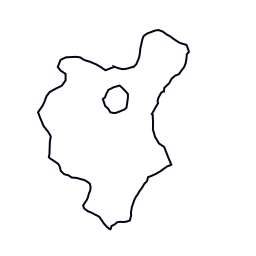 Khojaly District, Xocalı, Azerbaijan (Robinson projection), rotated 249°
{"feature_id": "54616110B87325868620163", "entity_name": "Khojaly District", "entity_type": "district", "adm_level": 2, "iso_a3": "AZE", "parent_name": "Azerbaijan", "parent_adm1": "Xocalı", "projection": "robinson", "projection_center": [46.732, 39.84], "detail": "fine", "context": "isolated", "style": "outline", "palette": "ink", "viewbox_px": 256, "rotation_deg": 249, "n_neighbors": 0, "source": "geoboundaries", "source_scale": "gbopen_adm2", "svg_char_len": 2148}
<svg xmlns="http://www.w3.org/2000/svg" viewBox="0 0 256 256"><g transform="rotate(249 128 128)"><path d="M149.2,174.6L152.5,176.3L155.1,182.6L158.4,186.4L159.9,190.5L160.0,194.8L162.6,198.7L164.8,202.3L167.8,205.0L168.2,205.3L171.6,207.3L175.7,209.3L177.2,212.1L180.1,212.4L184.6,212.4L187.4,208.7L189.4,206.4L194.2,202.9L198.6,200.1L201.2,197.8L205.7,194.9L208.6,191.4L209.3,188.1L209.3,183.2L209.3,179.4L208.2,175.5L205.6,173.2L197.8,168.0L193.9,166.1L189.7,163.5L184.7,158.8L183.2,155.6L183.3,155.6L183.6,150.0L184.0,147.1L184.9,143.9L187.0,140.8L189.0,138.4L190.5,136.8L190.0,136.8L190.0,131.7L190.0,127.6L194.8,124.3L198.8,121.1L202.8,116.9L203.6,116.2L204.6,114.7L207.2,111.5L211.2,108.5L213.2,104.6L216.2,95.4L215.8,89.5L210.1,84.3L205.7,85.7L200.8,89.1L194.8,86.8L191.2,81.3L190.7,75.7L190.7,75.2L189.7,67.9L186.9,63.3L182.0,59.0L179.0,55.7L175.0,49.7L169.9,49.6L159.9,49.9L153.1,52.1L147.9,52.9L143.3,50.2L139.1,48.4L131.7,45.3L129.1,43.6L127.1,44.6L123.6,47.2L119.8,49.8L117.0,50.4L111.9,49.9L107.7,51.9L105.3,55.3L101.9,57.7L99.9,62.0L97.2,65.6L94.7,69.0L92.0,71.0L89.7,72.4L86.2,71.9L82.9,70.1L80.8,68.0L77.6,65.7L75.9,64.1L73.5,60.7L71.7,58.3L68.5,58.3L64.8,60.6L61.8,63.8L59.3,65.9L57.0,68.1L55.0,69.5L51.1,70.4L47.0,71.4L43.0,73.0L40.5,74.5L39.8,75.4L42.4,77.5L42.8,81.2L43.5,83.1L43.9,83.9L43.3,87.0L42.1,89.4L41.2,92.4L41.0,96.6L43.1,98.1L45.5,99.7L48.3,100.6L50.6,102.0L52.7,103.2L56.4,106.3L59.0,108.5L61.3,111.2L62.4,113.1L64.8,115.9L66.4,118.5L67.9,120.6L70.0,123.2L71.5,126.6L74.9,129.1L74.9,132.9L75.2,137.7L75.9,142.2L76.0,142.8L76.7,145.3L78.1,150.6L78.1,154.3L78.2,155.3L86.9,155.0L97.3,155.0L102.4,151.4L110.2,150.1L117.6,150.7L125.0,153.7L131.7,155.8L132.4,155.2L140.6,165.1L142.6,165.2L143.1,165.6L145.5,167.4L147.7,170.0L149.1,171.7L149.5,174.2L149.2,174.6ZM168.7,121.2L170.6,123.4L170.8,125.6L171.2,129.2L170.6,135.4L167.7,136.9L163.6,138.7L159.8,140.1L156.3,138.8L153.3,137.1L153.1,136.9L150.5,135.6L147.5,133.8L146.6,131.5L146.4,125.6L146.5,121.8L147.4,119.5L148.9,117.2L153.4,116.3L153.6,116.2L156.7,114.6L164.1,114.9L164.7,117.4L167.8,120.1L168.7,121.2Z" fill="none" stroke="#020617" stroke-width="2"/></g></svg>